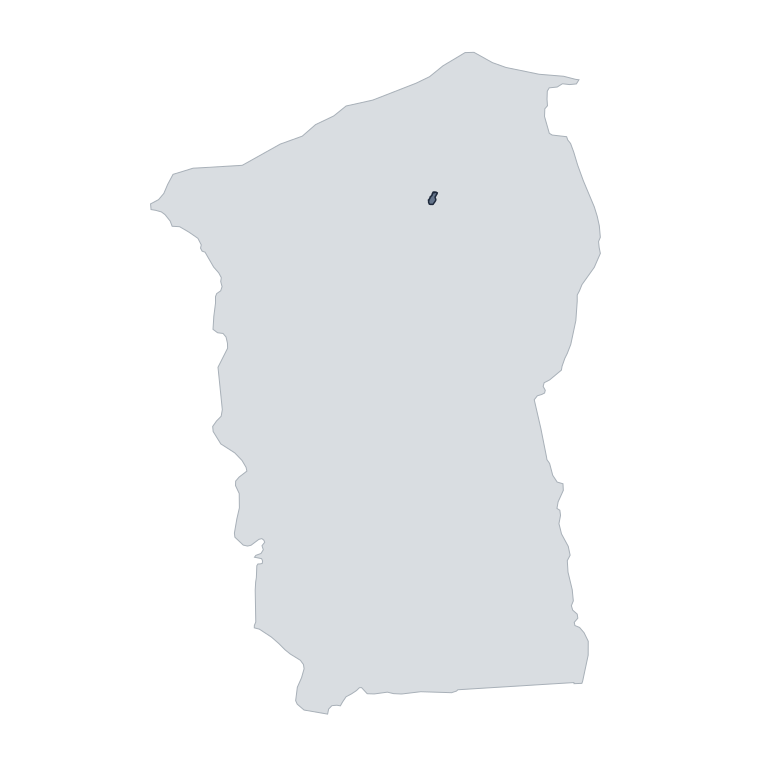 Obuasi East, Ashanti, Ghana (highlighted), rotated 177°
{"feature_id": "2480657B26017273678273", "entity_name": "Obuasi East", "entity_type": "district", "adm_level": 2, "iso_a3": "GHA", "parent_name": "Ghana", "parent_adm1": "Ashanti", "projection": "mercator", "projection_center": [-1.604, 6.179], "detail": "fine", "context": "in_parent", "style": "filled", "palette": "slate", "viewbox_px": 768, "rotation_deg": 177, "n_neighbors": 0, "source": "geoboundaries", "source_scale": "gbopen_adm2", "svg_char_len": 4112}
<svg xmlns="http://www.w3.org/2000/svg" viewBox="0 0 768 768"><g transform="rotate(177 384 384)"><path d="M480.9,62.6L487.4,68.8L488.8,72.4L486.4,85.7L481.7,95.0L478.7,103.8L479.1,108.1L482.0,112.5L491.8,119.3L496.8,123.8L502.8,130.5L509.6,137.1L521.3,145.7L526.3,147.3L526.1,149.7L524.5,153.0L523.4,184.9L522.5,193.1L521.6,197.3L520.5,209.2L519.3,210.9L517.1,210.8L515.0,211.2L514.5,213.6L515.4,216.0L522.4,217.8L520.9,219.6L515.7,221.2L513.2,224.8L514.3,228.9L511.4,232.2L512.2,234.4L514.1,236.0L517.1,235.4L525.3,229.9L528.8,229.3L533.0,230.5L540.9,238.8L541.2,242.9L538.0,257.0L534.9,267.8L534.3,282.2L537.6,290.3L537.2,294.8L533.6,298.6L525.5,304.2L526.1,308.0L529.8,315.1L536.6,323.0L550.1,332.7L557.1,345.5L557.3,350.6L553.2,355.8L548.3,360.3L546.8,366.8L548.9,409.4L538.3,427.9L538.2,433.1L539.3,439.2L542.1,442.9L547.5,443.9L551.9,447.5L550.4,460.5L548.0,473.7L547.7,480.1L546.3,483.1L542.2,485.6L540.6,489.7L541.7,494.9L540.9,498.7L543.2,503.6L548.0,509.7L555.8,525.0L558.7,526.2L560.1,529.3L559.2,532.5L562.2,539.2L570.9,545.9L579.9,551.8L587.3,552.6L589.0,557.9L593.8,564.6L597.3,567.5L602.9,569.4L607.5,570.4L607.7,576.1L599.5,579.9L593.9,585.8L589.6,594.6L583.7,604.4L563.4,609.5L555.7,609.5L514.1,609.8L475.1,629.0L452.6,635.8L438.8,646.6L420.2,654.3L407.3,663.6L380.4,668.1L336.2,682.7L322.4,688.5L308.4,698.7L285.7,710.7L276.8,710.5L259.0,699.3L245.6,693.7L212.9,685.2L188.5,681.9L176.7,678.2L173.4,677.6L176.2,673.6L183.0,673.3L190.1,674.5L195.5,671.5L203.5,671.1L205.6,667.9L206.3,659.8L206.2,653.3L209.0,650.4L209.7,642.7L205.8,625.7L203.0,623.8L188.7,621.4L187.7,618.0L185.1,614.4L182.4,605.7L179.2,592.6L174.3,576.5L164.7,549.8L162.3,540.3L160.7,530.7L160.3,519.2L162.3,515.0L162.0,509.0L161.1,503.1L167.9,489.5L181.1,472.9L183.9,466.9L186.4,462.7L186.7,456.7L189.1,437.3L195.4,413.8L199.4,404.9L202.1,400.1L205.3,392.3L206.1,388.6L218.4,379.4L224.0,376.9L225.2,373.3L223.3,369.3L224.1,366.6L227.0,365.3L231.5,364.2L234.8,360.4L229.7,331.4L225.5,302.4L225.3,300.0L222.8,296.0L220.3,284.0L216.2,277.0L210.5,275.0L210.5,268.4L216.3,257.2L217.8,250.7L215.0,248.7L214.6,243.6L216.6,235.4L215.6,230.3L214.6,225.0L208.5,212.2L207.1,203.3L210.2,198.0L210.1,186.5L206.8,168.7L206.3,157.5L208.5,152.8L207.4,148.3L203.1,144.1L202.7,140.0L206.5,136.0L206.0,132.8L201.4,130.6L197.2,125.1L193.5,116.4L194.3,102.5L201.2,76.8L202.1,74.7L209.9,74.8L210.0,75.9L234.5,75.7L262.5,75.4L295.9,75.1L326.3,74.8L327.6,73.6L332.7,72.2L363.4,74.8L382.6,73.5L390.7,74.3L396.7,76.1L409.9,75.0L417.0,75.6L422.3,82.0L424.5,82.0L427.5,79.3L432.8,76.2L438.2,73.7L442.0,68.7L444.4,64.9L447.9,65.7L452.9,65.5L456.3,62.3L457.6,57.3L480.9,62.6Z" fill="#d9dde1" stroke="#a8b0b8" stroke-width="1"/><path d="M320.8,572.1L321.0,572.2L321.2,572.3L321.3,572.3L321.5,572.3L321.7,572.5L321.8,572.5L321.9,572.8L322.0,572.8L322.2,572.7L322.3,572.7L322.5,572.7L322.8,572.7L322.9,572.8L323.0,572.9L323.0,573.0L323.3,573.0L323.3,572.9L323.5,572.9L323.6,572.7L323.7,572.8L323.8,572.8L323.8,572.7L324.0,572.6L324.3,572.5L324.4,572.8L324.5,572.8L324.5,573.0L324.7,572.9L324.8,572.9L325.0,572.9L325.1,572.7L325.2,572.4L325.3,572.3L325.3,572.2L325.5,572.0L325.5,571.9L325.5,571.7L325.6,571.4L325.8,571.4L325.9,571.2L326.0,571.1L326.1,570.8L326.1,570.7L326.0,570.4L326.1,570.2L326.2,569.9L326.3,569.7L326.7,569.6L327.0,569.4L327.1,569.2L327.2,568.9L327.3,568.7L327.5,568.5L327.7,568.4L327.7,568.5L327.8,568.5L328.0,568.5L328.1,568.4L328.1,568.2L328.2,567.9L328.3,567.8L328.3,567.5L328.4,567.3L328.5,567.1L328.6,566.8L328.6,566.7L328.8,566.5L328.9,566.4L329.0,566.4L329.1,566.2L329.3,566.0L329.3,565.9L329.5,565.7L329.8,565.5L329.8,565.4L330.0,565.3L330.0,565.2L329.9,565.1L329.9,564.9L329.7,564.7L329.8,564.6L329.9,564.1L329.9,563.6L329.9,562.8L329.9,562.7L329.7,562.3L329.6,562.2L329.5,561.9L329.4,561.7L329.2,561.4L329.2,561.2L328.7,561.1L328.3,561.0L328.1,560.9L327.9,560.9L327.4,560.9L326.9,560.9L326.4,560.8L326.2,560.8L325.6,560.9L324.5,562.3L323.6,563.4L322.8,564.6L322.6,565.6L322.9,566.6L323.2,567.5L323.1,568.3L322.2,569.4L322.0,570.0L321.3,570.8L321.0,571.4L320.8,572.1Z" fill="#64748b" stroke="#1e293b" stroke-width="1.5"/></g></svg>